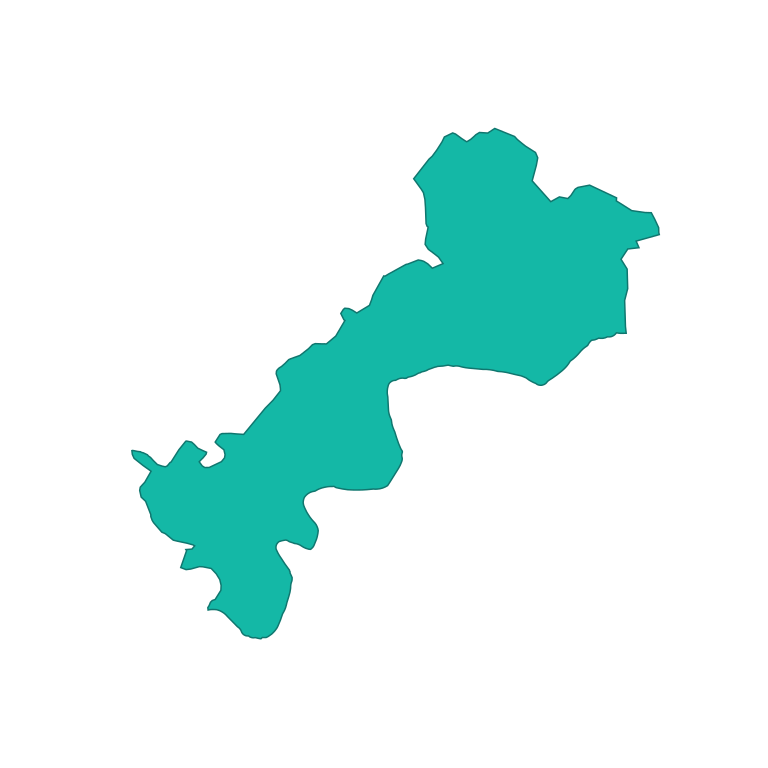 Samannud, Al Gharbiyah, Egypt, rotated 32°
{"feature_id": "37247803B28688372464969", "entity_name": "Samannud", "entity_type": "district", "adm_level": 2, "iso_a3": "EGY", "parent_name": "Egypt", "parent_adm1": "Al Gharbiyah", "projection": "albers", "projection_center": [31.248, 30.95], "detail": "fine", "context": "isolated", "style": "filled", "palette": "teal", "viewbox_px": 768, "rotation_deg": 32, "n_neighbors": 0, "source": "geoboundaries", "source_scale": "gbopen_adm2", "svg_char_len": 6169}
<svg xmlns="http://www.w3.org/2000/svg" viewBox="0 0 768 768"><g transform="rotate(32 384 384)"><path d="M205.5,574.1L207.9,577.1L211.5,579.5L223.0,580.8L232.7,581.4L233.2,594.1L232.6,597.1L232.0,600.7L233.2,603.7L238.0,608.6L244.0,609.8L255.4,618.3L256.6,620.1L259.7,622.5L262.1,623.7L274.1,627.4L277.8,626.8L288.0,628.1L291.7,626.9L301.3,623.4L307.4,621.6L309.2,621.6L308.6,625.8L303.7,629.4L304.9,630.0L308.9,647.4L314.5,646.3L318.2,643.3L324.2,636.7L327.3,635.0L335.2,632.0L342.4,633.9L348.4,636.9L352.6,641.1L355.0,645.4L355.0,656.2L353.1,658.6L352.5,661.0L353.1,664.6L353.1,667.0L354.6,668.9L356.1,667.5L357.6,666.4L359.9,665.0L361.6,664.1L362.6,663.8L363.4,663.6L365.2,663.2L367.1,663.1L369.0,663.1L370.3,663.2L372.1,663.5L374.7,664.2L388.4,667.5L390.0,667.6L390.8,667.8L391.6,668.0L393.2,668.7L394.8,669.9L396.0,670.5L397.4,670.9L398.8,670.9L400.2,670.7L400.9,670.4L401.5,670.1L402.6,669.4L404.0,669.6L404.7,669.5L406.1,669.2L407.5,668.6L408.1,668.2L409.2,667.3L412.2,666.3L414.0,665.6L414.7,665.2L415.1,663.5L416.9,662.4L418.0,661.7L418.6,661.2L419.7,659.3L420.5,657.4L421.3,655.5L421.8,653.5L422.2,651.5L422.4,649.4L422.5,647.4L422.3,645.4L421.3,639.2L419.8,632.7L419.7,630.4L419.5,628.2L419.1,626.0L418.7,624.6L418.3,623.2L417.5,620.9L415.9,614.8L414.6,610.5L413.5,607.8L412.9,606.5L411.9,604.8L411.0,602.8L410.7,601.8L410.2,599.7L409.8,598.8L408.7,596.9L407.3,595.9L404.4,594.0L403.9,593.1L403.1,592.7L402.5,592.0L395.1,589.0L389.3,586.3L387.0,585.3L383.9,583.7L380.9,581.8L379.9,581.1L379.0,579.9L378.6,579.2L378.3,578.4L378.0,577.4L377.9,576.7L378.0,575.2L378.3,573.7L378.8,572.9L380.4,571.1L382.2,569.4L383.5,568.3L385.1,567.9L387.2,567.9L388.1,567.7L390.8,567.0L392.5,566.7L394.3,565.9L395.2,565.6L397.2,565.2L398.3,565.1L402.1,565.1L404.6,564.8L405.8,564.5L407.6,564.0L408.7,563.5L409.4,563.1L409.6,562.5L410.0,561.0L410.2,560.1L410.2,558.3L409.3,553.1L409.0,551.4L408.3,548.9L407.1,545.7L405.9,543.2L404.4,541.6L402.7,540.3L400.9,539.2L399.9,538.8L398.9,538.4L396.3,537.7L394.3,537.1L391.6,536.1L389.0,534.9L386.4,533.6L384.8,532.6L382.4,531.1L380.1,529.4L378.9,528.1L378.3,527.4L377.5,525.8L376.9,524.1L376.7,523.3L376.6,522.4L376.6,521.5L376.9,519.6L377.5,517.6L378.4,515.8L378.9,514.9L380.2,513.3L382.3,511.3L383.9,508.4L384.8,507.1L386.2,505.3L388.4,503.0L390.7,500.9L392.6,499.5L394.5,498.3L395.7,497.4L396.6,497.2L397.4,497.4L398.7,497.1L404.2,495.1L409.2,492.9L414.9,489.7L417.6,488.0L421.6,485.4L425.4,482.7L430.8,478.6L432.2,477.9L433.8,476.8L435.8,475.2L436.7,474.3L438.0,472.9L439.5,470.8L440.9,468.3L441.0,463.6L441.0,447.8L440.8,444.5L440.3,441.3L439.9,439.5L439.5,438.6L439.2,437.9L438.7,437.2L437.6,436.1L436.7,434.9L436.1,433.5L435.6,431.9L435.1,431.3L434.4,430.9L433.5,430.5L432.1,429.7L428.0,426.8L423.0,422.8L418.4,418.8L416.6,417.6L414.7,416.2L413.5,415.2L411.8,413.6L410.8,412.4L409.2,410.5L406.9,408.9L405.3,407.7L403.8,406.3L402.5,404.9L401.6,403.7L394.1,393.0L392.7,391.4L391.7,390.2L390.4,388.1L389.3,385.8L388.3,382.7L388.1,381.3L388.2,379.9L388.7,378.4L389.1,377.7L389.6,376.7L390.7,375.6L391.9,374.7L392.9,373.0L394.0,371.4L395.0,370.4L395.7,369.8L397.1,368.9L398.3,368.4L399.0,368.0L399.9,367.2L400.4,366.2L400.8,365.4L402.9,363.4L404.2,361.9L405.8,359.7L407.5,356.5L408.2,355.8L408.7,355.3L409.5,353.8L411.1,352.2L412.4,350.7L413.0,349.9L414.0,348.1L416.0,345.6L418.0,343.0L419.2,341.8L420.2,340.6L422.4,339.0L424.5,337.5L428.4,334.0L431.1,333.1L433.4,332.2L434.8,331.0L435.6,330.4L437.3,329.5L438.2,329.1L440.9,328.3L442.8,327.6L444.6,326.9L447.2,325.7L460.3,319.1L463.2,317.3L466.4,315.7L469.8,314.3L473.9,313.0L477.5,311.1L481.2,309.5L483.1,308.8L490.1,306.5L496.0,304.4L498.7,303.9L501.4,303.5L505.0,303.8L507.5,303.7L510.0,303.5L512.4,303.1L514.2,303.2L515.7,302.9L517.1,302.3L518.4,301.5L519.4,300.4L520.3,299.2L520.9,297.8L521.1,297.0L521.2,296.3L521.3,295.2L521.9,293.5L523.7,289.7L525.9,284.4L527.9,278.7L528.6,276.3L529.2,273.8L529.6,271.3L529.8,268.8L529.8,266.0L531.2,262.4L532.2,258.9L532.8,256.2L533.5,251.8L534.2,248.8L534.9,246.7L536.1,243.9L536.3,243.2L536.2,242.2L536.2,240.2L536.5,238.2L537.0,236.8L538.8,235.3L539.5,234.6L540.7,233.0L541.8,231.3L543.5,230.5L545.1,229.5L545.8,228.9L547.1,227.6L548.5,225.6L550.0,224.7L550.6,224.3L551.8,223.2L552.7,221.9L553.4,220.4L553.8,218.9L554.0,217.4L555.9,216.6L557.5,215.8L559.9,214.3L562.5,212.6L558.3,207.3L543.8,185.6L540.4,174.9L540.2,174.1L529.3,157.7L518.9,152.6L519.2,140.3L528.0,133.3L522.1,129.2L538.3,111.4L536.9,110.1L534.1,105.9L526.3,100.8L519.9,97.1L514.6,100.2L502.2,105.7L484.0,105.6L482.6,102.9L453.0,106.4L444.3,114.5L443.0,117.1L442.8,118.1L442.6,125.2L441.6,129.3L433.6,132.4L428.8,141.0L402.0,133.2L397.3,117.8L394.5,110.7L389.8,107.4L378.0,107.3L373.4,106.8L367.5,106.0L363.6,104.9L342.5,108.6L339.0,116.2L331.7,120.1L329.8,123.9L329.2,126.3L327.9,130.6L326.1,134.2L325.5,134.8L320.1,134.7L312.2,134.1L309.2,134.7L304.3,142.5L304.9,147.9L304.8,157.5L304.2,165.3L303.0,169.5L300.4,194.2L312.5,199.1L316.1,200.9L320.9,205.8L325.7,212.4L334.7,225.7L337.1,227.5L338.3,227.5L342.5,239.0L344.9,243.8L350.3,246.3L357.6,246.9L363.0,247.5L370.3,250.6L363.6,260.2L357.5,258.9L352.7,258.9L350.3,259.5L347.3,260.7L340.6,269.7L339.3,270.9L329.6,288.3L327.8,291.9L326.5,292.5L327.6,314.7L328.8,319.0L330.0,325.0L323.3,338.2L317.9,338.2L314.2,338.7L310.6,340.5L310.0,342.3L310.0,347.1L316.0,350.8L317.2,350.8L317.7,368.9L314.0,380.3L313.4,380.9L312.2,381.5L310.4,382.7L304.3,386.2L302.5,388.6L301.3,394.0L297.6,404.3L291.5,412.0L290.3,413.8L289.1,419.2L287.8,423.5L286.6,425.9L286.0,428.3L286.0,430.1L287.2,432.5L296.2,439.8L298.6,442.8L299.8,444.6L298.5,456.6L296.1,467.4L291.7,501.1L285.0,504.7L280.2,507.1L272.9,511.9L271.7,513.7L271.6,522.7L273.4,523.3L276.5,523.9L283.1,524.6L286.7,528.2L287.9,531.2L287.3,536.0L280.0,547.4L276.3,549.8L273.3,549.8L268.5,547.9L269.1,544.9L269.7,542.5L270.3,537.7L269.7,535.9L265.5,536.5L260.1,537.1L255.2,535.8L251.6,535.2L246.8,537.0L246.2,537.6L244.9,548.4L244.8,562.9L244.2,564.0L243.6,568.3L242.4,570.1L239.4,571.2L234.5,572.4L229.1,571.2L224.9,570.0L222.4,569.9L220.9,569.4L216.4,569.9L214.6,570.5L213.4,570.5L210.9,571.7L206.1,573.5L205.5,574.1Z" fill="#14b8a6" stroke="#0f766e" stroke-width="1.5"/></g></svg>